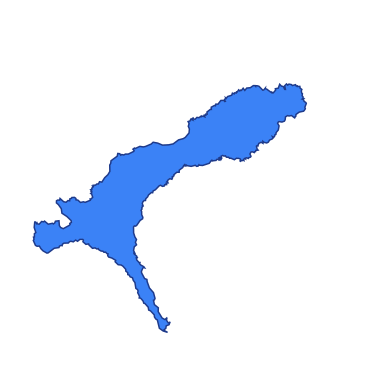 the district of Nossa Senhora Do Rosario, Ribeira Brava, Cabo Verde, rotated 317°
{"feature_id": "66160863B38183693605809", "entity_name": "Nossa Senhora Do Rosario", "entity_type": "district", "adm_level": 2, "iso_a3": "CPV", "parent_name": "Cabo Verde", "parent_adm1": "Ribeira Brava", "projection": "robinson", "projection_center": [-24.164, 16.566], "detail": "fine", "context": "isolated", "style": "filled", "palette": "blue", "viewbox_px": 384, "rotation_deg": 317, "n_neighbors": 0, "source": "geoboundaries", "source_scale": "gbopen_adm2", "svg_char_len": 6025}
<svg xmlns="http://www.w3.org/2000/svg" viewBox="0 0 384 384"><g transform="rotate(317 192 192)"><path d="M48.3,115.0L46.1,117.4L45.3,116.9L44.3,118.8L42.9,119.2L41.1,124.3L41.7,126.0L43.5,127.5L42.8,130.5L42.9,133.5L44.2,137.7L45.2,138.4L52.9,139.2L56.8,141.9L58.2,141.2L59.8,141.8L60.4,142.7L61.8,141.8L63.5,142.1L66.8,145.0L68.5,144.8L69.8,145.4L71.2,147.5L74.1,147.8L74.7,150.0L77.7,150.2L79.8,152.2L79.8,153.1L78.3,154.0L78.7,157.9L81.0,159.5L80.5,160.5L80.8,165.3L83.0,166.8L83.6,168.9L84.8,169.4L84.5,170.7L85.2,173.1L86.5,174.6L86.5,176.0L87.8,177.1L87.8,179.2L88.4,179.9L86.9,181.1L86.7,182.8L88.3,185.5L89.6,190.0L88.2,190.6L88.4,194.8L90.4,197.1L90.9,199.1L90.8,203.3L89.6,204.8L90.0,207.1L88.7,208.6L89.4,209.9L88.9,211.9L90.0,214.1L88.8,216.5L88.5,219.3L85.2,224.2L85.6,226.2L85.1,227.6L83.6,228.6L82.5,232.4L81.1,233.5L81.9,234.4L82.0,236.0L81.8,238.6L80.9,240.4L81.5,241.3L81.4,246.4L79.8,248.8L80.6,250.6L80.6,256.1L79.3,257.8L78.9,260.2L79.4,261.9L75.2,269.4L76.1,273.9L78.4,278.0L77.3,274.5L77.6,273.7L79.8,273.9L81.9,272.3L84.7,273.4L87.5,272.0L86.1,272.2L85.4,271.4L85.9,268.4L87.5,267.2L87.6,266.9L85.2,266.8L84.2,263.8L85.7,256.4L88.4,253.7L87.7,248.7L90.0,244.9L90.9,245.3L92.4,244.6L95.2,239.3L95.4,233.2L98.1,226.9L99.4,225.2L98.3,223.0L100.0,216.7L101.0,215.5L103.9,214.2L105.0,214.1L105.6,215.1L105.8,213.8L104.7,210.2L104.8,208.7L105.8,208.1L105.2,207.6L105.2,204.3L105.9,202.8L107.1,202.7L106.8,202.0L107.4,202.0L107.8,201.2L107.5,198.4L108.0,197.9L107.6,197.4L108.1,196.9L108.5,197.6L109.4,194.9L112.4,192.7L115.4,192.8L116.3,190.2L119.0,188.9L119.6,185.9L121.4,182.1L125.4,177.7L126.7,177.5L127.5,178.5L128.8,178.7L134.7,177.4L137.6,177.9L138.8,177.0L139.7,174.3L141.8,172.0L142.2,170.7L143.9,170.3L144.4,169.3L146.2,168.9L146.1,168.7L146.2,168.4L146.8,168.8L147.8,166.5L149.3,165.7L151.2,165.6L152.2,166.5L153.6,165.4L156.3,165.3L158.1,164.5L162.0,164.7L162.7,165.7L164.4,164.7L166.7,165.4L172.3,165.1L173.6,165.6L174.2,167.7L175.0,168.2L175.9,168.7L176.9,168.1L178.2,169.0L178.6,168.5L178.7,169.1L180.1,168.1L180.5,168.6L180.6,167.8L181.0,168.2L181.4,167.2L182.4,166.9L184.8,167.1L186.0,169.0L187.6,168.3L187.7,167.5L189.9,167.8L190.5,167.0L194.3,167.2L196.1,168.8L197.6,167.3L201.8,167.8L203.7,167.1L204.8,168.3L204.9,167.0L205.5,167.0L205.4,168.2L206.3,168.5L206.4,169.4L208.9,172.7L212.6,174.7L212.9,176.4L214.1,177.2L215.7,176.8L215.7,177.5L217.8,179.8L224.2,182.8L227.3,182.2L227.8,182.8L228.2,181.7L228.4,183.3L231.1,185.3L232.6,185.1L233.5,186.2L233.5,187.2L234.5,187.4L234.8,185.4L235.8,185.6L236.2,186.5L235.4,188.0L236.8,187.6L237.7,185.7L239.4,186.2L239.9,187.6L241.1,188.3L240.9,190.0L242.5,191.6L242.4,192.9L243.5,193.8L245.0,197.3L247.4,197.6L249.1,199.2L249.8,200.9L249.4,201.7L248.3,202.0L248.4,202.6L249.5,202.5L249.8,203.2L251.2,203.6L251.4,204.4L252.2,203.4L253.4,203.4L253.7,204.5L254.3,203.8L255.3,204.3L256.1,205.9L257.0,205.6L258.6,206.4L259.5,206.1L260.3,203.7L262.4,203.0L263.5,203.7L264.4,205.6L265.1,205.2L266.0,205.8L267.1,205.1L268.9,206.4L269.0,204.8L270.4,202.4L271.3,202.5L271.6,203.3L273.9,202.0L276.5,202.8L277.1,204.8L278.4,203.3L278.6,204.9L280.1,207.1L281.9,207.6L284.1,206.9L286.8,207.9L288.1,207.8L288.6,206.3L289.2,207.7L290.3,207.6L291.8,206.7L292.6,207.1L294.1,205.9L297.4,205.5L300.8,203.0L301.5,200.1L302.9,199.7L303.7,199.9L305.5,202.2L307.9,203.2L309.4,202.7L311.6,200.8L314.0,201.3L314.8,202.6L316.9,203.9L317.7,208.4L318.0,207.3L319.6,207.4L320.9,206.2L324.9,206.7L328.7,209.0L329.9,208.9L331.7,208.4L332.3,207.0L336.0,205.2L336.3,204.2L335.8,202.2L336.5,200.7L335.9,199.2L337.5,199.7L337.2,199.0L338.1,198.1L338.2,196.7L339.8,195.4L339.7,194.5L340.9,192.6L342.3,191.9L341.9,189.8L342.9,188.3L341.0,186.7L341.4,186.2L340.5,185.5L340.9,184.1L338.0,182.6L338.0,181.3L336.5,179.2L334.9,179.1L334.8,177.4L332.3,177.5L330.3,180.7L329.8,180.2L330.7,177.1L329.6,175.5L329.6,173.0L325.9,174.9L323.4,173.3L322.6,174.5L319.1,174.9L318.7,174.0L318.2,174.1L318.2,173.0L317.8,173.1L316.8,167.7L316.0,166.3L316.4,166.0L314.0,166.3L313.2,165.8L313.1,160.4L312.3,159.0L311.0,157.6L310.6,158.0L310.6,157.1L309.4,156.0L305.8,155.5L302.9,153.3L299.9,153.7L300.2,151.0L297.4,151.4L297.0,150.6L295.9,150.7L295.8,149.1L293.3,149.7L292.9,149.1L292.0,149.8L290.9,148.6L289.8,149.0L289.5,148.1L288.6,147.9L288.7,147.4L287.0,148.3L283.2,146.5L280.9,146.8L280.8,146.1L280.4,146.9L279.2,146.4L278.4,147.0L278.2,148.4L277.7,148.2L277.8,146.7L275.5,144.7L270.9,145.5L269.4,144.0L268.0,144.9L267.6,144.1L263.9,143.1L262.5,144.8L261.8,144.1L257.5,143.7L256.2,145.4L255.3,144.4L254.4,144.5L254.3,145.1L253.2,144.2L252.6,145.7L251.7,143.9L250.2,143.3L250.5,142.7L247.8,142.4L246.5,140.8L243.8,140.9L243.0,139.6L243.3,138.6L241.7,138.3L241.5,139.6L240.7,137.9L239.1,138.7L237.2,137.8L236.5,140.0L234.1,141.4L233.1,144.1L230.1,146.8L224.4,147.5L222.0,147.0L217.7,144.7L211.1,144.0L207.1,141.6L202.4,137.6L200.3,132.9L197.5,129.1L194.9,129.1L188.9,126.9L187.1,125.8L185.0,123.1L180.2,121.5L179.9,120.6L178.0,120.4L178.0,122.1L177.1,122.6L171.2,120.8L169.1,118.8L167.4,118.4L166.2,116.7L165.0,116.5L165.3,114.7L164.0,113.2L161.7,114.8L154.1,113.9L152.1,115.6L150.2,116.2L146.0,120.9L142.3,122.0L137.9,122.0L132.8,123.3L131.4,121.4L129.1,122.3L127.8,121.2L126.2,121.2L124.3,119.7L123.8,120.5L123.3,119.9L123.1,120.8L121.3,120.9L120.8,121.7L119.4,121.2L119.3,122.8L118.7,122.7L118.8,123.4L118.0,124.2L117.0,123.9L117.1,125.3L115.8,128.1L113.5,128.3L112.8,127.6L112.0,128.7L106.8,126.7L105.9,125.1L103.3,123.6L103.0,120.1L101.8,118.6L102.7,117.5L102.4,115.8L100.4,114.1L99.5,114.4L98.1,113.7L96.5,115.0L95.5,113.7L92.9,113.6L91.5,111.6L91.1,106.7L89.6,107.7L88.3,106.3L86.9,106.0L85.4,107.5L85.7,110.1L85.0,115.1L82.4,118.8L83.8,124.6L84.1,130.5L83.0,132.0L81.2,131.6L80.7,132.6L79.5,132.7L72.8,131.0L71.7,128.3L72.1,126.1L75.1,122.3L72.2,120.2L70.5,121.0L68.8,120.8L68.6,119.7L64.9,117.5L64.3,112.7L63.1,112.6L61.9,111.0L58.2,111.3L57.1,109.6L57.4,109.1L56.8,109.2L57.2,107.3L56.5,106.7L52.4,110.3L50.1,115.2L48.3,115.0Z" fill="#3b82f6" stroke="#1e3a8a" stroke-width="1.5"/></g></svg>